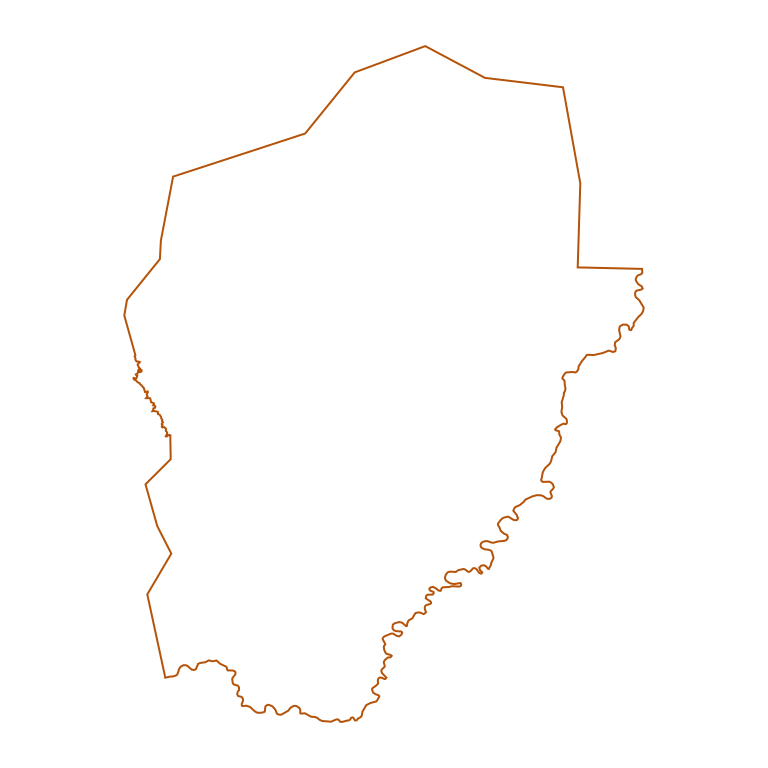 the district of Sant, Selenge, Mongolia
{"feature_id": "93677404B33793870278074", "entity_name": "Sant", "entity_type": "district", "adm_level": 2, "iso_a3": "MNG", "parent_name": "Mongolia", "parent_adm1": "Selenge", "projection": "equal_earth", "projection_center": [105.356, 49.376], "detail": "fine", "context": "isolated", "style": "outline", "palette": "amber", "viewbox_px": 768, "rotation_deg": 0, "n_neighbors": 0, "source": "geoboundaries", "source_scale": "gbopen_adm2", "svg_char_len": 6123}
<svg xmlns="http://www.w3.org/2000/svg" viewBox="0 0 768 768"><path d="M165.3,677.7L169.6,676.7L173.8,676.3L176.7,675.1L177.4,674.1L178.6,671.1L178.7,669.8L179.6,668.2L180.5,666.8L183.5,665.2L185.7,665.2L187.5,665.9L191.5,669.5L193.9,670.0L195.9,669.2L198.1,663.9L200.0,663.0L205.5,662.2L208.7,660.4L212.5,661.3L216.5,660.5L220.2,663.8L226.2,666.7L226.8,667.5L227.0,669.3L227.8,670.4L232.7,670.5L234.3,671.0L235.2,671.8L235.5,672.8L235.3,674.4L232.4,678.2L232.2,679.2L232.8,683.2L233.7,684.4L237.9,685.7L239.1,687.6L238.9,690.4L237.8,691.5L237.2,694.2L238.1,696.0L241.6,696.9L243.0,698.9L243.0,700.8L241.8,703.7L241.8,705.7L242.9,706.1L245.9,705.7L249.9,706.8L255.0,711.5L257.3,712.7L260.7,712.8L263.8,712.2L264.8,711.6L265.3,707.0L265.7,706.0L267.6,704.9L268.8,704.8L272.1,706.1L273.5,707.5L275.3,709.6L277.0,713.8L279.3,714.7L281.3,714.7L288.4,710.6L290.6,707.6L293.6,706.0L294.9,705.8L296.5,706.1L299.3,707.9L300.2,709.6L300.3,713.2L301.0,713.6L304.9,713.3L311.1,716.7L314.9,717.0L317.0,717.7L319.6,719.8L322.2,721.0L331.0,721.7L335.9,719.6L337.4,719.3L338.7,719.9L340.3,721.8L342.4,721.9L346.5,720.7L348.5,720.5L350.3,719.5L351.0,717.9L352.4,717.5L353.3,717.7L354.9,720.4L356.5,720.4L357.9,718.7L360.6,717.2L361.7,715.8L362.5,711.6L366.2,705.2L370.4,703.0L376.1,701.5L376.8,700.9L379.3,696.7L379.2,695.9L378.3,695.2L375.7,694.3L373.1,692.6L372.0,689.2L372.4,688.3L376.1,685.6L378.1,683.6L377.8,680.3L378.4,678.6L379.0,678.0L379.6,677.6L381.4,677.6L384.6,679.1L385.5,678.8L386.4,677.7L382.1,673.2L381.4,671.4L381.4,670.3L381.9,669.4L384.5,666.9L384.8,666.0L383.8,662.5L384.0,661.5L385.1,659.8L387.7,657.6L390.6,657.2L391.7,655.9L390.7,655.0L386.5,653.8L385.6,652.8L384.3,650.1L383.8,647.3L383.9,646.3L385.3,644.2L382.7,639.2L382.7,638.2L384.2,636.5L391.1,633.6L393.1,633.6L396.6,635.8L399.2,636.4L401.3,634.7L402.0,633.4L402.2,632.5L401.2,631.5L396.0,631.1L394.3,630.5L393.2,629.5L392.5,628.2L392.8,624.9L393.6,624.0L395.3,623.1L399.3,622.0L402.3,622.8L406.0,626.1L406.9,625.9L407.3,623.2L408.6,620.4L412.4,618.3L414.9,613.8L415.9,612.9L418.5,612.4L420.0,612.6L423.7,614.1L425.2,613.1L426.0,612.0L424.8,609.1L424.9,606.8L425.4,605.8L426.2,605.1L429.7,604.1L430.9,603.4L431.1,602.7L430.7,601.6L425.8,598.4L426.0,596.3L426.6,595.3L427.8,594.7L432.5,594.6L433.0,594.4L433.7,593.2L433.6,592.0L430.3,590.7L429.5,589.8L429.3,589.0L429.6,588.4L430.6,587.4L433.1,586.9L435.7,588.2L438.3,590.4L440.2,590.9L440.8,590.6L441.6,588.3L442.8,587.3L448.9,587.0L452.1,586.2L459.4,586.6L461.1,585.6L461.2,584.8L460.9,583.5L460.3,583.0L454.2,584.1L449.9,583.2L446.2,580.8L445.4,579.6L444.9,577.8L445.7,574.8L447.5,572.5L449.1,571.8L450.6,571.6L455.7,572.0L458.3,570.2L463.3,569.0L464.9,569.3L468.0,571.7L469.1,571.9L470.7,571.0L472.9,568.4L474.3,568.1L475.8,568.6L476.7,569.4L479.1,572.8L480.8,573.6L481.6,573.5L482.3,572.4L480.0,570.1L479.3,567.6L481.0,565.8L483.5,565.2L485.2,565.8L486.5,566.8L487.9,568.7L488.7,569.0L491.0,564.8L491.3,562.7L493.2,559.0L493.5,557.5L491.9,552.1L491.4,550.9L489.1,549.9L484.0,549.1L482.3,548.2L481.1,547.2L480.6,546.0L480.6,544.6L481.0,543.4L482.6,542.0L484.5,541.3L487.4,541.1L491.2,542.5L493.3,542.8L498.3,541.4L504.3,540.9L506.6,539.9L507.9,537.5L507.2,535.1L503.8,533.5L500.8,530.9L499.2,526.9L498.0,525.2L497.9,524.0L498.5,522.9L500.7,520.0L502.5,518.3L503.9,517.6L507.6,516.7L508.5,516.8L513.4,519.8L514.7,520.2L516.8,520.1L517.5,519.4L518.1,517.8L517.1,516.6L516.9,515.2L513.3,510.7L514.4,508.2L515.3,507.1L519.8,505.1L523.8,501.8L525.4,499.6L532.3,496.4L536.7,495.2L541.0,495.3L543.7,496.4L546.1,498.3L547.3,498.8L550.0,498.8L551.7,497.5L551.8,495.8L550.4,492.4L550.7,491.3L553.2,488.6L553.9,487.3L552.9,484.3L551.4,482.8L549.3,481.7L542.9,481.9L541.5,481.0L541.1,479.8L541.7,478.3L542.7,472.6L543.7,470.5L545.4,467.8L549.9,463.6L551.1,461.0L552.3,456.1L555.5,452.3L556.5,447.6L559.9,442.1L560.7,440.0L560.9,437.4L559.3,434.4L559.2,432.0L558.8,431.1L555.7,430.3L555.2,429.8L555.2,429.2L556.9,427.3L561.5,424.5L563.5,423.7L565.7,424.1L566.5,423.7L566.9,422.8L566.8,419.8L566.2,418.7L562.5,415.4L561.4,412.0L562.2,406.9L561.7,402.2L563.8,395.4L563.9,392.7L564.9,391.4L565.5,388.6L564.7,384.5L564.6,381.4L564.2,380.4L562.4,378.5L562.7,376.9L565.0,373.3L566.3,372.4L573.0,372.0L575.2,372.5L577.1,371.4L578.4,369.1L578.6,366.4L582.3,360.6L585.2,357.3L586.5,355.2L587.4,354.8L593.8,355.0L602.9,353.0L608.5,350.7L609.7,350.8L612.8,352.0L615.3,351.3L615.8,348.7L615.7,347.7L614.7,345.3L615.2,342.2L619.2,339.3L620.3,337.2L620.5,336.4L619.1,330.0L619.6,327.2L620.2,326.1L622.9,324.6L626.7,324.7L628.8,326.4L629.3,329.6L631.0,330.2L631.4,329.8L632.0,328.0L633.7,325.9L633.7,323.1L634.0,322.5L638.2,317.1L641.5,314.0L643.1,311.2L643.7,307.6L639.3,300.3L635.8,297.1L635.1,295.0L635.3,292.2L636.4,290.7L641.5,289.5L642.7,288.5L641.8,286.4L638.3,284.2L636.0,280.8L635.7,279.5L636.3,277.4L637.1,276.2L638.3,275.2L641.1,274.2L642.1,273.3L642.3,272.4L642.0,268.9L577.7,267.4L580.3,183.4L563.0,87.3L485.0,77.9L425.2,46.1L354.7,72.4L305.2,133.5L173.1,176.6L160.9,240.5L159.9,259.1L127.0,299.8L124.3,315.5L135.4,355.2L134.6,356.4L135.5,358.2L135.4,359.7L136.6,361.5L138.6,361.6L139.8,362.1L137.7,364.4L137.6,365.0L138.3,365.9L138.7,367.4L139.9,368.4L138.5,369.7L138.2,370.8L139.2,371.1L140.9,369.9L141.5,370.1L141.7,370.6L141.4,371.5L140.7,371.9L137.9,372.4L137.2,373.9L135.8,374.4L136.1,375.0L137.3,375.7L136.4,378.3L134.7,378.5L133.8,377.9L133.5,378.0L133.5,378.6L134.3,379.6L136.2,380.6L137.5,382.2L139.4,383.0L139.8,383.8L142.2,386.1L142.5,386.7L143.8,387.9L145.0,392.0L147.7,391.5L147.9,392.3L146.6,394.3L147.5,396.2L146.1,398.1L149.8,398.1L150.5,399.2L151.0,402.2L153.9,403.3L154.0,404.0L153.2,405.3L154.7,405.6L155.4,406.5L155.0,407.8L153.3,408.4L153.3,409.6L152.4,411.2L154.1,411.0L157.9,411.8L157.9,414.0L159.6,414.7L161.2,417.2L161.3,418.6L162.4,419.8L162.0,421.3L163.0,422.3L161.7,424.0L162.6,425.1L161.8,426.3L161.8,426.9L162.6,427.4L164.1,427.1L165.8,428.5L166.1,429.2L165.8,430.7L167.1,432.4L167.0,434.1L165.7,436.2L165.9,436.4L166.7,436.5L169.1,434.8L170.5,435.5L170.3,436.6L170.7,459.2L145.5,484.3L157.3,526.2L171.3,553.6L147.3,594.4L165.3,677.7Z" fill="none" stroke="#b45309" stroke-width="2"/></svg>